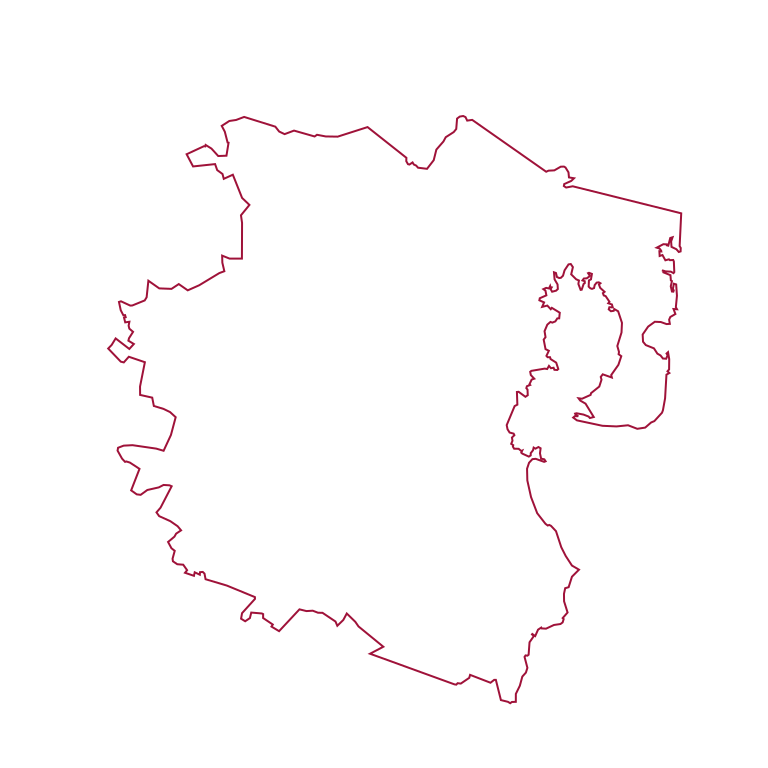 San Antero, Córdoba, Colombia, rotated 104°
{"feature_id": "7082276B13648445071260", "entity_name": "San Antero", "entity_type": "district", "adm_level": 2, "iso_a3": "COL", "parent_name": "Colombia", "parent_adm1": "Córdoba", "projection": "natural_earth1", "projection_center": [-75.777, 9.358], "detail": "fine", "context": "isolated", "style": "outline", "palette": "rose", "viewbox_px": 768, "rotation_deg": 104, "n_neighbors": 0, "source": "geoboundaries", "source_scale": "gbopen_adm2", "svg_char_len": 6166}
<svg xmlns="http://www.w3.org/2000/svg" viewBox="0 0 768 768"><g transform="rotate(104 384 384)"><path d="M416.3,660.2L426.0,644.8L426.0,641.7L419.3,638.2L420.7,621.3L445.5,620.1L453.6,618.0L453.3,605.6L461.0,602.0L461.5,591.9L463.0,584.8L466.6,578.1L485.0,578.4L502.1,581.7L501.8,589.4L504.2,613.2L506.8,621.7L510.2,626.6L513.1,626.4L519.8,620.1L522.2,616.4L521.5,615.3L521.7,611.6L525.5,600.7L548.4,603.6L550.9,597.2L550.4,593.3L544.1,588.0L538.8,577.5L535.3,573.5L534.2,567.6L534.6,565.3L558.1,570.9L563.6,573.7L566.6,570.2L568.8,558.1L571.9,549.9L575.1,545.5L579.5,549.5L582.8,550.4L589.5,555.3L594.8,550.5L596.5,546.7L604.7,546.9L607.1,545.9L608.9,541.0L607.9,535.1L612.3,530.0L615.3,531.4L616.1,522.0L612.5,522.1L613.6,516.6L611.1,517.0L610.2,514.4L611.4,512.3L616.6,509.9L617.6,487.7L622.0,457.7L623.7,457.2L640.7,466.3L646.3,465.9L647.8,461.3L643.6,457.5L637.9,457.5L636.2,447.0L636.5,445.6L640.3,444.7L644.3,433.7L646.6,434.5L649.2,426.0L623.1,411.5L623.1,404.3L621.2,398.3L621.9,392.7L620.9,388.3L626.2,373.6L629.9,370.8L622.8,366.4L615.7,364.6L621.7,354.3L625.4,350.1L639.1,321.1L649.1,332.3L658.4,242.9L658.2,241.1L656.5,240.2L656.1,237.0L648.5,230.2L645.4,230.1L648.1,208.4L644.4,205.5L644.0,203.9L662.4,194.1L662.4,186.8L663.2,184.3L661.6,183.0L660.5,179.2L652.8,181.1L643.9,179.2L634.4,179.0L629.7,176.5L624.7,176.2L614.8,181.6L613.1,181.0L612.9,179.1L611.7,178.2L599.4,180.3L592.2,177.6L591.2,179.8L590.7,179.6L592.0,176.3L585.1,175.1L582.3,172.5L583.0,171.9L582.2,167.6L576.7,160.8L574.2,154.7L572.1,153.0L568.6,152.8L567.9,154.0L561.3,150.6L551.3,156.7L544.1,158.6L538.3,158.8L536.5,155.7L525.5,155.0L517.0,149.9L514.7,157.7L506.9,166.1L499.5,172.5L485.2,181.5L481.2,187.7L480.8,189.6L481.7,190.9L480.6,193.5L472.3,204.1L458.1,214.0L442.9,221.6L431.6,224.7L425.3,224.2L421.0,221.8L419.9,218.7L420.8,209.8L419.9,208.5L418.3,210.2L418.4,213.5L413.5,215.9L408.5,216.5L407.8,218.9L410.1,221.4L409.5,223.4L412.3,223.4L415.6,224.9L417.8,224.4L419.4,225.9L418.1,232.9L417.4,234.2L415.2,233.8L415.8,234.6L414.3,237.7L415.3,242.1L413.6,243.8L412.1,243.8L411.3,246.1L408.0,245.6L405.0,246.9L402.1,245.1L400.8,246.2L400.7,250.4L398.0,253.2L394.2,255.0L373.8,251.9L371.8,249.6L359.6,253.1L359.0,251.5L362.2,243.7L360.1,241.8L354.7,243.4L353.6,244.9L351.6,244.8L349.6,242.0L349.1,242.8L344.0,241.8L342.5,239.5L339.8,243.7L336.8,245.1L335.6,244.2L330.2,231.8L330.0,229.3L326.5,228.3L328.3,225.8L327.2,223.4L329.0,222.1L328.5,219.3L327.3,218.5L321.6,222.1L319.5,228.4L317.8,229.4L318.4,231.8L317.4,233.2L311.9,232.1L311.1,235.7L302.3,239.8L299.5,238.6L293.9,241.0L286.9,239.9L283.5,237.5L283.7,235.5L281.8,232.9L278.4,231.7L277.9,229.9L272.3,230.7L269.5,239.6L271.1,240.3L268.4,244.5L270.9,249.2L266.1,248.4L265.2,253.5L263.1,253.6L258.7,247.9L254.4,249.9L253.4,252.3L251.5,249.9L251.4,247.1L248.7,246.5L249.8,245.9L249.7,244.7L251.6,245.3L253.8,243.2L251.8,239.6L249.8,238.3L245.4,239.7L241.2,243.8L234.5,246.1L234.7,244.0L238.3,242.1L238.8,239.7L238.2,238.1L235.6,236.5L230.0,236.3L223.3,233.9L222.4,231.8L224.9,229.0L232.3,228.9L235.9,222.9L236.4,219.9L239.9,219.6L245.1,216.0L244.7,215.0L238.6,214.5L237.5,213.6L235.7,214.1L235.5,216.5L233.3,215.6L232.4,212.8L230.0,210.8L228.9,210.8L227.1,212.8L226.5,212.0L226.9,208.9L232.4,208.5L233.9,210.2L240.0,209.0L241.2,207.0L241.4,205.2L240.1,203.4L237.0,203.5L234.2,202.2L233.4,200.2L233.9,198.4L235.5,199.5L238.4,197.5L241.2,192.3L242.9,193.6L244.9,192.2L245.1,190.2L249.7,185.1L251.4,185.9L251.7,182.1L254.3,180.6L255.0,183.9L257.2,184.0L258.5,181.4L257.4,178.8L255.6,178.6L256.8,174.4L267.1,167.9L276.6,166.0L290.7,166.8L296.1,163.7L298.3,163.6L299.6,160.5L308.7,161.2L320.3,165.7L322.6,164.5L321.7,174.1L324.7,175.4L327.2,174.0L334.4,174.5L342.8,180.9L344.6,180.9L350.4,188.3L350.8,191.8L352.6,189.6L354.3,183.7L365.3,172.5L367.2,176.0L366.1,177.6L365.4,183.0L365.8,190.1L366.5,191.4L367.6,190.5L368.2,187.7L369.1,191.1L370.8,192.3L372.6,188.0L371.7,161.9L368.9,148.1L365.0,137.2L366.2,127.4L363.1,120.0L356.7,115.5L354.6,112.7L344.6,107.3L342.0,107.0L329.9,107.8L306.6,112.2L304.3,109.8L303.1,112.0L300.9,110.9L290.8,113.3L284.4,116.1L286.1,117.2L287.4,115.8L291.2,116.3L291.8,119.5L289.4,122.6L288.4,126.1L284.1,130.7L282.9,139.4L280.3,142.9L273.4,145.0L264.4,141.6L258.1,136.3L256.9,130.4L257.5,124.3L256.5,121.2L252.6,122.9L249.7,122.4L245.6,118.2L241.2,121.2L240.6,117.8L238.9,119.4L227.5,121.1L216.7,124.6L216.6,127.0L221.8,126.7L223.1,125.5L224.4,125.6L224.6,127.0L219.8,129.4L214.5,129.5L214.1,130.7L209.1,132.4L208.1,139.7L207.2,139.4L206.4,141.7L206.6,138.0L205.6,132.9L206.4,129.9L205.2,129.4L195.0,132.4L193.7,133.4L194.7,136.5L194.1,137.7L195.9,140.9L191.5,145.0L193.1,147.5L188.6,148.9L188.3,147.0L187.6,147.3L185.9,149.4L185.7,152.3L180.8,146.8L180.1,143.4L181.0,143.1L181.0,141.6L173.1,141.6L171.8,139.5L176.2,139.9L181.4,138.2L182.5,132.9L184.6,129.9L183.6,128.3L180.2,129.0L178.7,130.5L146.5,136.9L146.5,248.7L149.3,254.8L148.4,257.4L146.4,257.5L141.6,251.4L138.4,249.4L138.8,254.5L134.0,256.2L130.0,260.3L129.5,262.0L130.4,265.1L135.5,270.4L137.2,276.0L138.8,278.0L106.4,362.3L108.3,367.0L105.3,369.5L104.8,372.0L106.2,375.2L108.8,377.3L119.1,375.6L122.7,377.3L129.6,383.8L134.3,385.0L143.9,389.9L154.8,389.9L164.8,394.3L165.9,403.3L164.3,405.6L163.8,408.2L162.1,409.9L164.9,412.4L164.9,413.9L162.4,416.3L159.1,417.0L138.7,462.1L155.2,488.8L157.9,500.5L158.4,509.3L160.6,511.2L159.9,532.6L165.6,540.9L164.4,546.8L160.6,551.7L158.7,584.3L163.6,591.4L166.2,597.7L172.8,603.9L177.7,599.5L187.5,594.2L187.5,593.2L200.6,592.1L202.9,600.0L197.3,608.4L195.2,614.9L196.7,614.9L196.8,616.2L208.8,631.1L219.1,621.9L211.5,601.1L216.8,597.6L219.3,591.5L223.7,589.1L217.5,581.3L237.8,566.7L242.8,557.9L254.9,563.6L262.0,560.7L296.7,552.2L299.7,564.1L298.6,572.1L305.4,570.2L313.2,566.2L316.2,570.6L332.9,587.2L340.6,597.1L336.7,607.3L343.1,613.2L345.6,625.2L340.8,637.6L357.3,635.3L360.8,636.4L368.7,647.2L369.3,649.2L367.4,659.2L368.5,661.0L376.1,657.3L380.4,653.5L379.8,651.9L381.7,650.8L382.5,652.3L386.8,650.0L385.2,646.1L389.2,645.9L391.9,644.5L394.1,640.1L401.3,642.5L403.8,642.5L405.7,636.4L411.6,639.6L404.7,655.4L412.0,657.7L416.3,660.2Z" fill="none" stroke="#9f1239" stroke-width="2"/></g></svg>